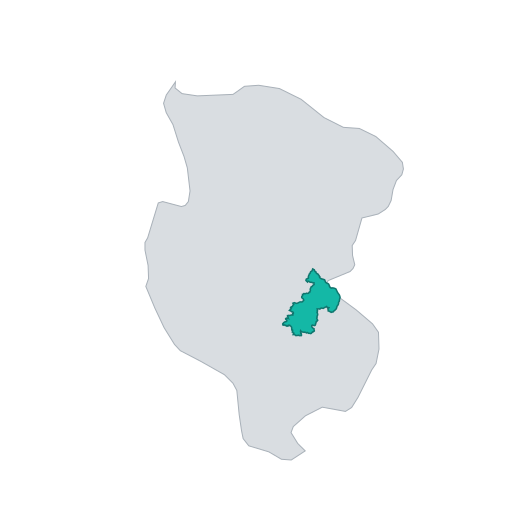 location of Nyanza, Southern, Rwanda, rotated 302°
{"feature_id": "39286606B66592032419282", "entity_name": "Nyanza", "entity_type": "district", "adm_level": 2, "iso_a3": "RWA", "parent_name": "Rwanda", "parent_adm1": "Southern", "projection": "robinson", "projection_center": [29.757, -2.344], "detail": "fine", "context": "in_parent", "style": "filled", "palette": "teal", "viewbox_px": 512, "rotation_deg": 302, "n_neighbors": 0, "source": "geoboundaries", "source_scale": "gbopen_adm2", "svg_char_len": 6908}
<svg xmlns="http://www.w3.org/2000/svg" viewBox="0 0 512 512"><g transform="rotate(302 256 256)"><path d="M208.6,154.7L214.0,154.5L249.2,145.0L252.7,148.0L258.4,166.5L261.4,169.2L266.3,169.8L276.2,165.6L294.3,151.1L302.2,142.3L311.5,129.9L323.4,116.0L330.0,103.9L336.5,96.7L345.0,94.6L354.4,95.1L361.0,95.4L355.6,98.3L354.5,107.2L360.7,121.4L380.9,150.9L393.8,156.3L402.2,167.8L410.4,187.1L412.8,211.2L409.4,240.3L411.4,261.9L418.9,276.0L420.8,294.4L417.3,316.9L413.0,330.5L407.9,334.9L402.2,336.6L394.4,335.1L384.9,337.0L374.6,341.2L368.1,341.9L364.0,341.0L356.4,337.4L344.4,325.7L321.9,332.2L315.9,332.0L307.6,337.6L300.9,344.4L296.8,344.9L292.7,344.0L273.4,330.2L266.3,330.7L263.4,369.3L260.2,390.8L256.2,400.3L242.3,409.6L228.4,414.8L220.8,414.5L190.1,417.4L178.2,417.4L171.6,414.2L162.9,392.3L146.7,382.6L131.1,378.0L124.8,379.3L119.1,390.8L116.8,401.0L101.7,394.0L97.1,385.3L96.7,370.6L91.2,350.5L94.3,341.9L100.2,336.3L112.7,325.7L131.8,311.0L135.9,303.9L138.6,292.2L137.4,265.0L135.6,242.0L137.8,233.8L146.5,216.1L158.2,197.9L171.8,178.7L180.0,176.8L190.8,169.5L202.2,158.7L208.6,154.7Z" fill="#d9dde1" stroke="#a8b0b8" stroke-width="1"/><path d="M275.0,310.9L273.2,311.4L271.7,310.7L271.1,310.7L270.3,310.9L269.9,311.1L268.9,310.7L268.1,311.0L266.9,311.1L266.3,311.3L265.9,311.6L265.7,311.6L265.3,312.1L265.0,312.2L264.6,312.0L263.1,310.9L261.8,311.2L261.6,311.6L261.3,313.1L261.2,313.5L261.9,313.5L262.1,313.4L262.5,314.0L262.4,314.4L262.5,314.7L262.4,315.0L262.5,315.4L262.4,315.8L262.6,316.0L262.8,316.7L263.2,317.0L263.3,317.6L263.3,318.3L264.0,319.3L263.6,319.5L262.7,320.4L262.4,320.4L261.8,319.9L261.1,319.9L260.6,319.7L259.9,319.8L259.8,319.7L259.4,319.3L259.1,319.1L258.5,319.3L257.6,319.3L257.1,319.5L256.6,319.5L255.7,320.4L255.2,320.5L254.5,320.5L254.2,320.8L253.8,320.8L253.4,320.5L253.5,320.4L253.3,320.2L252.7,320.3L252.2,320.3L251.5,319.4L251.3,318.7L251.2,318.5L250.2,317.9L249.7,317.2L249.7,316.7L249.5,316.4L248.7,316.3L248.3,316.1L248.1,315.8L247.2,316.5L246.7,316.5L246.1,316.2L245.1,316.7L244.9,317.0L244.7,317.8L244.7,318.1L244.8,318.5L244.0,319.8L243.7,320.0L243.3,319.8L242.7,319.8L242.2,319.7L241.9,319.7L241.3,319.2L240.8,318.3L240.3,317.6L238.0,316.2L237.4,315.6L237.0,314.8L237.0,314.4L236.8,313.3L236.1,312.7L235.5,312.3L235.1,313.4L234.8,313.7L234.2,313.4L232.5,313.6L231.8,313.0L230.9,312.6L230.6,312.6L230.4,312.7L230.5,312.9L230.6,313.6L230.3,313.6L229.7,313.7L229.2,313.7L228.7,313.3L228.0,313.4L227.6,313.2L227.6,313.3L227.6,313.7L227.8,314.0L227.8,314.4L227.7,315.2L227.8,315.6L227.7,315.9L228.0,316.3L228.0,316.6L228.0,317.3L227.7,317.8L226.9,318.2L226.6,318.2L226.5,317.8L226.4,317.9L226.1,318.0L225.6,318.0L225.4,318.3L224.7,317.2L223.6,316.3L223.2,315.7L223.0,315.2L222.7,315.2L222.4,314.7L222.2,314.6L222.1,314.3L221.8,314.4L220.9,315.9L220.4,316.2L220.2,316.0L220.1,316.3L219.9,315.6L219.6,315.5L219.4,315.3L219.4,314.7L219.2,314.7L218.8,314.4L218.6,314.5L218.4,314.4L218.1,314.7L218.0,315.8L217.9,316.1L217.5,316.5L217.1,316.6L216.2,316.3L215.9,316.0L215.8,315.5L214.9,315.2L214.7,315.0L213.9,314.7L213.5,314.9L213.1,315.0L212.8,314.6L212.6,314.6L212.4,314.7L211.7,315.4L211.8,315.7L212.1,315.8L212.1,316.0L212.3,315.9L212.6,316.4L212.5,316.7L212.6,316.9L212.7,317.4L212.9,317.9L212.9,318.0L212.8,318.3L213.0,318.3L212.9,318.8L213.0,318.8L213.0,319.0L213.1,319.4L213.3,319.3L213.5,319.5L213.4,319.6L213.7,319.7L213.8,319.9L213.9,320.1L213.8,320.3L214.0,320.4L214.1,320.7L214.4,320.8L214.5,320.7L214.6,320.9L214.7,321.0L214.8,320.8L214.9,321.0L215.1,321.1L215.2,321.3L214.9,321.9L215.0,322.4L214.5,323.9L214.3,324.1L213.0,325.0L212.9,325.2L212.8,325.3L212.6,325.4L212.6,325.6L212.4,325.5L212.0,326.0L212.1,326.3L211.9,326.3L211.8,326.7L210.9,327.1L211.0,327.2L210.8,327.3L210.8,327.5L210.6,328.7L210.6,329.0L210.4,329.0L210.2,328.9L210.1,329.1L209.5,329.1L209.5,329.3L209.4,329.3L209.5,329.4L209.4,329.5L209.5,329.6L209.4,329.7L209.7,330.1L209.7,330.7L209.8,331.1L209.6,332.1L209.8,332.3L210.2,332.6L210.7,333.4L211.1,333.7L211.2,334.1L211.4,334.1L211.6,334.6L211.6,335.4L212.2,335.9L212.3,336.5L212.7,336.6L212.9,336.4L213.0,336.5L213.4,336.2L213.9,335.8L213.9,335.7L214.2,335.5L214.3,335.3L214.2,335.0L214.4,335.0L214.5,334.7L215.4,333.9L215.6,333.6L216.3,333.4L216.1,333.9L215.9,334.2L215.9,334.9L216.1,335.0L216.1,335.7L216.5,336.3L216.6,336.9L216.8,337.3L217.0,337.3L217.2,337.5L217.2,337.8L217.5,338.4L217.2,338.8L217.3,338.7L217.4,338.8L217.5,339.6L218.3,339.9L218.4,340.6L218.3,340.8L218.2,341.4L218.6,342.0L219.1,343.1L219.2,343.6L219.5,343.7L219.8,343.9L220.0,343.9L220.4,344.0L221.3,344.1L221.4,344.3L221.7,344.3L221.8,344.6L222.1,344.6L222.6,344.9L223.1,345.2L223.4,345.2L223.9,344.7L224.0,344.5L225.1,343.7L224.9,343.3L224.9,342.7L225.2,342.0L225.2,341.7L225.5,340.9L226.0,340.4L226.4,340.3L226.7,340.1L227.0,340.3L227.4,340.5L227.5,340.9L227.6,341.6L228.0,342.2L228.1,342.7L228.7,342.9L229.5,342.8L230.3,342.3L230.9,342.4L232.0,341.9L232.2,342.0L232.2,341.9L232.7,341.9L232.9,342.1L233.1,342.1L233.3,342.2L234.2,342.4L234.6,341.8L234.9,341.2L235.0,340.7L235.7,340.5L235.9,340.3L236.1,340.4L236.6,340.2L236.9,339.8L237.7,339.7L238.0,339.5L238.5,339.6L238.8,339.5L239.5,339.0L239.6,338.8L239.7,338.6L240.1,338.4L240.4,338.0L240.6,337.5L241.3,337.6L241.5,337.5L241.8,337.1L242.4,337.0L242.5,336.6L243.2,336.4L243.6,336.0L243.7,336.3L244.1,336.7L244.5,337.4L244.8,338.3L245.2,338.2L245.7,338.4L245.9,338.7L246.5,339.0L247.0,340.3L247.3,340.9L247.8,341.0L248.9,341.7L249.2,341.7L249.7,342.2L249.9,342.4L250.2,342.6L250.6,342.7L250.3,343.2L250.1,343.8L250.2,344.0L250.5,344.5L250.8,345.2L250.4,345.2L249.9,344.8L249.6,344.8L249.0,345.2L248.5,345.9L247.7,346.2L247.9,346.9L247.8,347.3L248.0,348.0L248.0,348.8L248.1,349.1L248.0,349.6L248.2,349.8L248.4,349.8L248.6,350.1L248.8,350.2L249.0,350.6L249.5,351.1L250.7,351.2L251.4,351.5L251.7,351.7L252.7,351.7L253.6,352.1L254.4,351.9L254.8,351.9L255.2,351.6L255.5,351.6L256.1,351.3L257.5,351.5L258.8,351.4L259.6,351.1L260.3,350.6L261.8,350.6L264.3,349.5L265.2,349.4L265.6,349.1L266.2,348.5L267.1,347.4L268.3,344.5L269.9,342.0L270.4,341.3L270.3,339.8L270.0,339.2L270.0,338.9L269.6,337.9L269.3,337.7L269.2,337.3L268.9,336.9L268.7,336.9L268.6,336.4L268.7,336.0L268.6,335.7L268.7,335.2L268.9,335.1L269.0,334.8L269.2,334.7L269.3,334.2L269.7,334.0L270.1,333.5L270.3,332.8L270.6,332.7L270.7,332.4L270.8,331.7L270.6,330.9L270.5,330.7L270.5,330.3L270.6,330.0L270.5,329.0L271.0,328.5L271.1,328.2L271.3,328.1L271.6,327.6L271.8,327.1L272.1,327.0L272.2,326.6L271.9,326.1L272.0,325.8L271.8,325.3L271.8,324.8L271.4,324.1L271.4,323.7L271.3,323.3L271.4,321.5L271.6,321.2L271.8,321.2L272.1,321.0L272.3,321.0L272.3,320.6L272.9,319.8L273.0,319.1L273.4,318.6L273.3,318.4L273.5,317.8L273.4,317.4L273.5,317.1L273.3,316.7L273.8,315.6L274.3,315.2L274.1,314.5L274.3,313.8L274.4,313.6L274.7,313.5L274.8,313.1L275.2,312.8L275.1,312.4L275.2,311.4L275.0,311.1L275.0,310.9Z" fill="#14b8a6" stroke="#0f766e" stroke-width="1.5"/></g></svg>